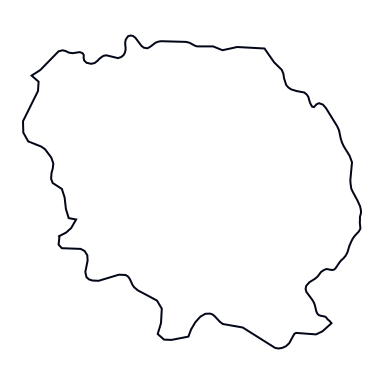 SVG path tracing the border of Creuse
{"feature_id": "FRA-5284", "entity_name": "Creuse", "entity_type": "Metropolitan department", "adm_level": 1, "iso_a3": "FRA", "parent_name": "France", "parent_adm1": "", "projection": "albers", "projection_center": [2.052, 46.063], "detail": "fine", "context": "isolated", "style": "outline", "palette": "ink", "viewbox_px": 384, "rotation_deg": 0, "n_neighbors": 0, "source": "natural_earth", "source_scale": "10m", "svg_char_len": 2284}
<svg xmlns="http://www.w3.org/2000/svg" viewBox="0 0 384 384"><path d="M171.5,339.9L164.0,339.6L157.7,334.0L161.0,323.1L161.8,308.7L157.0,300.6L137.9,290.4L134.2,287.3L132.6,285.1L129.8,279.0L128.1,276.6L125.6,275.0L118.9,274.7L98.6,280.8L92.3,280.5L89.0,279.4L86.5,277.2L85.3,272.0L87.6,260.7L87.3,255.3L84.6,251.0L80.7,248.9L61.8,248.2L58.6,244.6L59.4,236.9L59.0,236.2L66.1,232.6L71.2,228.0L76.1,219.5L68.7,218.1L65.9,208.9L64.6,197.4L61.9,189.0L52.7,183.0L51.1,178.8L51.5,173.1L52.8,168.3L53.3,163.5L51.3,157.6L45.0,149.2L41.3,146.6L28.2,141.4L23.3,132.6L23.0,121.2L38.0,91.0L38.6,81.7L31.6,75.6L40.3,70.0L58.6,51.3L62.6,50.3L65.5,51.0L68.8,52.6L72.6,53.2L79.9,52.1L82.7,53.3L83.8,55.2L83.6,57.8L84.2,60.5L86.6,62.8L91.1,63.8L94.5,63.1L97.3,61.0L99.9,58.3L103.3,55.9L106.3,55.3L117.9,58.1L121.1,57.1L123.5,55.2L124.8,52.9L125.5,50.4L125.6,47.8L125.3,45.2L125.2,42.3L125.8,39.5L128.1,36.2L130.6,35.5L133.1,36.0L135.4,37.8L141.3,45.7L143.8,47.7L147.4,48.3L150.0,46.9L155.7,42.6L158.5,41.6L161.3,41.2L186.1,41.9L189.6,42.8L195.1,45.8L197.3,46.4L213.1,46.4L222.5,50.2L232.7,48.0L237.1,47.0L264.5,48.5L274.1,62.3L281.8,69.9L283.4,73.8L284.0,78.1L286.2,85.0L288.4,87.5L291.0,89.3L296.4,91.0L304.3,92.5L306.8,94.6L308.3,96.8L309.5,101.1L310.4,103.6L312.1,106.6L313.9,107.1L316.7,104.2L319.0,103.2L322.9,104.6L325.9,108.0L337.2,126.3L339.0,130.3L340.8,138.9L342.0,142.5L343.8,146.4L349.6,155.8L352.0,162.3L350.3,180.5L350.6,184.0L351.3,188.8L352.8,191.9L357.5,200.6L360.0,206.1L360.9,210.0L361.0,213.0L359.9,217.1L360.0,218.9L359.8,222.6L360.4,228.5L359.0,231.3L354.8,235.8L352.8,238.5L351.1,241.9L349.4,245.8L347.5,252.2L345.6,255.8L343.3,258.5L341.2,260.3L339.5,262.4L335.6,268.2L334.4,269.4L333.4,269.8L331.8,270.0L326.5,269.0L323.9,270.0L321.0,272.0L317.8,276.3L315.1,278.7L309.3,282.3L306.2,285.9L305.6,288.9L306.4,291.9L312.4,300.0L313.9,302.6L314.9,305.3L316.1,310.6L317.0,313.1L318.6,315.0L320.8,315.8L322.9,316.1L325.6,316.9L326.1,317.4L327.6,319.3L329.8,321.2L331.5,323.2L322.5,331.3L316.0,334.4L296.1,332.9L294.3,333.9L289.2,343.2L286.1,346.1L282.5,347.8L278.6,348.5L275.1,347.9L242.7,327.5L222.8,324.0L220.0,321.9L214.3,315.8L212.2,314.3L209.9,313.6L205.3,313.8L200.3,316.7L195.3,322.3L191.1,329.4L188.4,336.6L171.5,339.9Z" fill="none" stroke="#020617" stroke-width="2"/></svg>